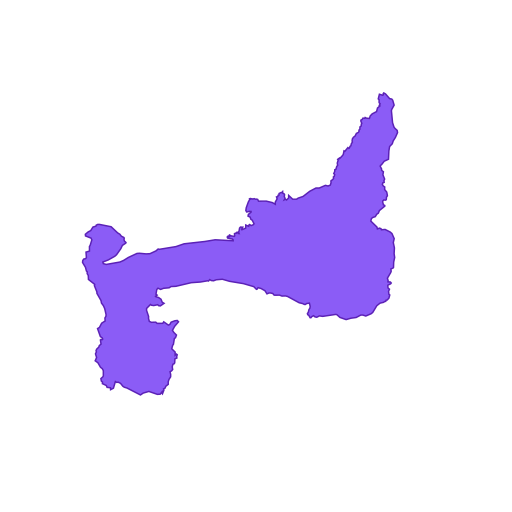 outline of San Luis, Tolima, Colombia, rotated 239°
{"feature_id": "7082276B12035827893700", "entity_name": "San Luis", "entity_type": "district", "adm_level": 2, "iso_a3": "COL", "parent_name": "Colombia", "parent_adm1": "Tolima", "projection": "albers", "projection_center": [-75.105, 4.126], "detail": "fine", "context": "isolated", "style": "filled", "palette": "violet", "viewbox_px": 512, "rotation_deg": 239, "n_neighbors": 0, "source": "geoboundaries", "source_scale": "gbopen_adm2", "svg_char_len": 6109}
<svg xmlns="http://www.w3.org/2000/svg" viewBox="0 0 512 512"><g transform="rotate(239 256 256)"><path d="M186.0,104.8L188.5,108.0L189.7,108.3L189.6,110.0L190.8,111.6L191.2,114.7L193.3,115.9L195.0,117.8L196.4,120.6L198.5,121.9L201.1,122.7L201.0,124.4L201.6,126.1L204.1,127.1L206.0,129.0L205.8,130.4L206.3,131.3L209.6,133.5L209.3,135.6L210.7,136.3L211.9,137.6L212.9,137.3L212.6,135.6L215.3,137.2L219.9,136.0L222.4,138.6L222.8,139.7L227.3,143.5L227.4,144.9L229.2,147.1L232.8,146.2L235.3,146.1L237.6,150.0L239.5,155.7L241.3,155.3L242.3,153.0L243.0,149.2L241.7,146.8L241.9,145.3L247.1,143.0L246.3,141.4L249.2,136.5L250.9,136.0L253.1,132.1L254.9,130.9L257.8,131.7L259.5,132.8L265.8,134.2L267.4,135.2L268.8,140.6L267.7,141.0L266.2,142.8L264.9,146.6L263.5,147.0L262.5,148.3L262.8,152.8L264.7,151.8L267.9,152.3L270.6,151.1L272.6,149.2L273.2,149.1L273.4,151.1L274.8,150.6L278.4,153.7L278.9,155.4L276.5,157.0L275.9,160.2L273.5,165.2L273.6,167.4L271.3,171.7L266.5,186.7L262.3,195.0L259.7,201.7L259.0,202.4L259.6,204.2L258.0,205.0L256.6,206.9L256.1,209.7L253.4,215.2L247.9,220.3L238.8,231.0L230.9,238.3L227.2,239.2L227.0,239.7L227.8,241.5L225.5,243.6L221.6,245.8L217.9,245.9L217.6,248.1L216.8,249.4L215.2,251.1L213.4,251.3L212.8,251.8L210.3,256.1L208.3,257.6L206.6,260.7L205.1,262.2L193.7,268.9L191.2,271.5L189.6,272.5L189.0,273.4L189.2,274.9L188.1,277.5L184.9,276.5L183.5,275.3L182.8,273.8L180.7,271.7L180.3,270.5L179.1,270.1L177.9,270.7L175.2,270.6L174.8,271.3L175.3,272.6L175.2,274.6L173.4,275.2L172.2,276.6L172.0,279.5L169.9,282.1L164.9,294.2L164.1,295.1L160.1,296.3L155.1,300.5L153.8,305.3L151.7,310.2L151.4,315.4L150.3,317.2L148.0,319.2L147.2,325.0L147.5,327.0L151.2,334.0L151.7,338.1L150.6,341.4L150.7,343.0L150.3,343.8L151.1,344.7L150.7,345.8L151.4,348.2L153.7,350.6L154.7,350.2L157.4,351.4L158.8,353.3L160.6,352.7L162.7,353.7L163.1,354.1L162.8,357.0L163.2,358.0L164.5,357.8L165.9,355.8L166.9,356.6L169.3,357.2L172.4,362.9L173.3,364.0L175.4,364.9L175.1,367.3L175.4,368.0L179.9,370.9L183.3,374.1L186.9,375.6L191.6,378.8L196.8,380.6L199.7,383.4L205.2,384.1L207.6,383.3L212.3,380.3L213.9,377.0L215.1,377.2L216.3,376.2L216.7,374.0L218.5,374.6L226.8,372.4L228.6,374.2L228.9,375.8L228.3,378.5L229.6,381.0L229.7,382.9L231.4,385.2L232.4,392.1L233.0,392.4L234.3,391.6L237.1,392.4L237.9,393.1L238.2,394.5L237.2,395.7L237.2,396.7L239.3,398.2L239.9,399.6L241.0,400.1L243.5,401.0L246.7,400.5L248.9,401.9L250.4,401.2L252.1,401.1L253.4,402.4L253.1,403.8L254.7,404.5L255.7,405.9L260.2,406.6L262.6,408.6L264.7,407.8L266.0,408.5L269.0,408.7L269.5,409.3L269.6,410.6L271.2,414.7L270.7,419.4L277.6,424.0L281.0,426.9L282.0,430.6L284.0,432.9L285.8,436.5L288.9,440.9L291.0,441.7L294.0,440.8L295.6,440.7L299.9,441.7L310.8,446.9L311.7,447.8L314.2,452.1L319.1,453.4L320.6,453.2L322.1,451.6L328.2,450.5L330.0,449.5L329.7,448.7L328.6,448.1L328.5,447.4L331.1,445.1L327.7,441.7L326.6,442.0L324.0,440.5L322.5,440.8L321.6,439.2L320.8,439.5L320.3,436.4L317.7,433.7L318.0,428.8L317.2,426.0L315.5,424.1L317.2,421.7L318.5,420.9L318.0,420.2L319.1,418.7L318.3,417.2L318.5,416.1L317.8,415.4L315.2,415.0L314.8,414.2L313.3,413.2L313.1,411.6L311.1,410.3L310.9,409.1L309.7,408.4L309.2,407.5L309.4,405.2L307.8,402.7L307.6,400.7L306.8,399.0L305.1,397.6L304.0,397.3L303.1,395.5L301.6,394.1L301.6,393.2L300.4,391.5L300.5,390.9L301.6,390.6L300.0,386.1L300.8,385.6L298.1,383.1L297.6,382.0L296.6,378.6L297.0,378.2L296.5,377.5L297.0,377.0L296.7,375.7L295.8,375.8L293.8,373.5L291.7,372.7L291.1,371.2L289.2,369.2L289.4,368.0L287.9,367.0L286.6,365.1L285.3,365.4L284.0,364.1L283.9,363.0L282.7,362.6L282.1,361.4L281.8,358.9L280.1,358.0L278.5,356.2L278.9,353.8L280.8,351.9L281.7,345.2L283.4,342.4L283.8,335.4L282.8,327.0L283.9,322.0L283.8,320.0L285.8,316.7L291.1,315.2L288.9,313.8L288.3,311.0L289.5,310.5L289.6,309.2L290.5,310.6L292.5,310.9L293.7,312.0L294.5,312.2L296.0,311.3L297.5,312.0L297.1,310.6L297.5,310.1L297.7,308.0L296.4,307.1L296.7,306.3L295.7,305.2L296.1,304.0L294.1,303.5L292.3,300.3L290.4,299.2L293.4,297.5L297.8,293.0L301.7,286.4L303.6,286.6L304.4,285.9L305.0,284.7L306.1,284.0L306.4,282.6L307.3,281.9L307.4,281.0L308.2,280.8L308.4,279.9L307.6,279.6L306.3,277.3L302.4,272.5L300.2,270.7L298.5,270.7L297.6,273.4L296.7,274.7L296.1,274.3L295.6,270.9L294.3,269.7L292.3,271.0L290.2,270.5L288.6,271.2L284.6,270.9L284.2,269.5L284.6,267.5L286.3,266.7L286.2,265.9L285.2,265.0L287.8,263.2L285.2,261.5L285.8,257.4L286.3,257.4L287.5,259.5L288.8,257.6L288.4,256.3L286.2,254.4L285.6,253.4L283.9,253.1L284.4,252.4L285.8,252.4L286.2,252.0L285.6,250.8L286.2,250.2L286.2,249.0L284.2,248.1L284.0,247.5L285.9,245.2L287.7,244.1L287.5,243.6L286.3,243.4L286.5,242.6L287.4,242.1L287.1,241.1L286.0,240.9L282.7,244.5L281.5,244.7L280.8,244.3L290.9,229.4L294.8,219.6L303.5,200.6L305.3,192.2L311.5,176.6L312.4,175.7L311.9,172.9L312.6,166.3L314.4,162.9L318.3,157.6L319.5,155.3L320.5,145.8L320.4,140.3L320.9,136.3L325.9,123.3L328.1,121.2L329.7,121.6L328.7,127.4L328.5,134.9L328.9,137.1L331.9,143.9L333.9,146.9L334.1,151.0L334.5,151.5L336.7,150.9L338.4,151.5L339.2,152.3L340.1,152.2L342.3,150.8L344.8,150.5L347.1,149.3L355.7,146.9L363.7,138.1L364.6,136.6L364.7,134.9L364.2,134.6L364.1,133.8L364.8,131.2L362.9,127.4L363.1,124.6L362.5,120.9L361.0,120.2L356.3,123.8L354.4,123.6L350.6,119.4L349.9,118.1L346.0,115.8L346.9,112.3L342.0,109.8L341.5,108.6L342.1,106.7L341.3,105.1L339.8,104.0L334.1,104.0L330.5,102.9L329.4,103.2L327.8,102.2L325.7,102.2L322.2,100.3L314.8,103.1L313.8,102.2L307.1,101.1L305.9,100.4L297.6,100.2L295.3,99.3L291.9,99.6L288.8,99.2L283.0,97.3L281.6,96.3L280.7,94.6L278.0,93.2L277.9,89.1L275.4,85.0L275.4,82.8L267.1,81.1L265.0,82.0L263.7,81.8L263.5,80.9L264.3,80.0L264.2,79.4L260.3,77.8L259.9,75.5L258.9,74.4L258.2,71.4L257.2,70.1L256.0,69.8L254.8,68.0L251.1,67.1L249.0,64.2L245.9,65.5L240.7,65.4L238.6,66.2L236.4,66.1L231.9,63.4L231.3,62.5L230.8,59.9L228.5,59.0L227.0,59.5L225.7,58.6L222.1,61.0L220.1,60.7L218.0,63.4L216.3,62.5L216.1,65.7L220.8,70.8L219.4,71.5L218.8,72.9L216.6,74.3L212.9,74.8L211.4,75.5L209.3,77.4L196.4,85.4L196.6,88.7L195.1,94.4L188.2,100.2L186.9,102.7L187.9,105.3L186.9,104.7L186.0,104.8Z" fill="#8b5cf6" stroke="#5b21b6" stroke-width="1.5"/></g></svg>